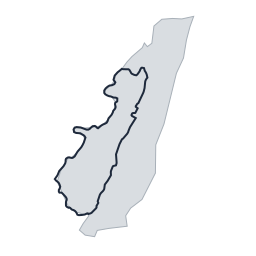 Lebanon, with Beqaa highlighted, rotated 173°
{"feature_id": "LBN-3022", "entity_name": "Beqaa", "entity_type": "Province", "adm_level": 1, "iso_a3": "LBN", "parent_name": "Lebanon", "parent_adm1": "", "projection": "natural_earth1", "projection_center": [36.105, 33.959], "detail": "fine", "context": "in_parent", "style": "outline", "palette": "slate", "viewbox_px": 256, "rotation_deg": 173, "n_neighbors": 0, "source": "natural_earth", "source_scale": "10m", "svg_char_len": 3360}
<svg xmlns="http://www.w3.org/2000/svg" viewBox="0 0 256 256"><g transform="rotate(173 128 128)"><path d="M140.8,30.6L159.2,30.7L171.0,30.1L174.4,24.2L183.6,26.9L188.7,32.6L184.1,38.7L177.6,45.6L177.9,47.4L182.8,47.9L191.1,51.7L196.3,56.1L204.8,83.4L199.5,94.7L191.4,104.7L187.7,105.6L180.6,110.6L174.6,117.4L172.5,121.7L173.0,125.8L181.4,130.8L181.7,132.9L180.0,134.5L173.1,133.4L164.3,132.9L159.0,132.9L153.0,133.9L145.3,140.1L141.8,144.1L140.0,146.7L137.2,155.1L140.3,160.9L146.1,164.1L146.9,165.8L145.6,168.7L139.9,172.4L135.5,176.8L134.3,181.3L129.5,185.7L126.5,187.8L120.9,193.7L115.3,198.5L104.0,206.0L101.4,210.4L98.9,206.4L94.0,209.2L89.8,226.1L81.2,231.8L70.4,231.3L61.3,229.7L49.2,230.8L54.2,220.9L59.3,208.1L64.4,190.7L73.3,176.4L91.8,127.6L102.5,107.9L106.3,79.9L122.8,55.4L135.1,48.2L141.0,41.2L140.8,30.6Z" fill="#d9dde1" stroke="#a8b0b8" stroke-width="1"/><path d="M129.6,185.7L127.0,187.4L126.9,187.3L125.2,186.9L120.3,186.2L120.0,185.9L119.5,185.4L118.5,183.1L118.2,182.2L117.6,181.4L115.4,180.0L113.4,179.3L112.8,179.6L112.1,180.1L110.7,181.6L109.5,183.0L108.7,184.5L107.6,185.9L106.8,186.2L104.8,185.5L104.4,182.7L104.0,182.0L103.5,180.8L103.3,180.3L102.9,178.7L102.6,175.6L103.5,174.8L103.9,174.3L104.7,173.2L105.0,172.6L105.3,171.8L106.7,165.6L108.0,162.2L108.7,160.9L114.7,151.4L115.8,150.9L116.2,150.5L116.7,149.8L117.6,148.8L117.7,148.4L117.7,148.1L116.0,146.4L118.9,142.1L119.7,142.1L120.9,142.2L121.2,142.2L121.5,142.2L121.8,142.1L122.1,141.9L122.3,141.6L123.0,140.4L122.6,139.5L119.1,136.9L125.9,128.6L127.7,125.4L128.2,124.3L128.3,124.0L129.4,122.5L134.2,118.1L135.4,117.5L138.4,113.0L143.1,103.3L143.5,95.4L143.6,94.5L144.5,92.4L146.9,92.1L147.2,92.1L147.5,91.9L147.9,91.5L150.0,87.7L150.4,86.5L150.7,83.2L154.6,78.1L157.9,74.7L159.0,70.5L159.2,70.1L159.6,69.5L160.5,68.5L162.7,66.8L163.5,65.9L164.0,65.3L166.9,59.2L167.0,58.9L166.6,57.3L168.6,54.7L168.8,54.4L168.8,54.1L168.8,53.5L168.9,53.3L168.9,53.1L169.0,52.9L169.4,52.3L174.1,48.6L174.4,48.3L175.7,47.8L177.9,47.5L178.2,48.1L178.5,48.2L178.8,48.2L179.1,48.2L179.4,48.1L181.4,47.4L184.5,47.3L187.4,47.5L188.8,48.1L189.5,50.2L190.5,51.9L191.9,53.1L193.7,53.9L195.2,55.8L196.0,56.3L196.8,56.1L198.4,57.3L199.0,58.4L198.9,59.9L198.6,62.0L198.3,62.9L197.9,63.5L197.6,64.2L197.5,65.2L197.8,66.3L198.3,67.3L200.6,70.5L201.7,71.8L202.4,72.1L203.2,72.1L203.9,72.2L204.4,73.2L204.2,74.9L203.2,76.3L202.4,78.0L202.9,80.5L203.6,82.3L206.1,84.9L206.7,86.2L206.8,86.3L203.8,89.6L201.4,93.8L196.7,97.9L194.6,100.6L194.0,102.4L193.8,103.9L193.2,105.1L191.5,106.0L190.1,106.1L187.8,105.2L186.6,105.1L184.4,106.3L180.9,110.8L176.7,114.6L175.1,116.7L173.6,119.0L171.4,123.7L171.6,124.1L172.2,125.4L172.9,126.2L176.0,128.6L180.1,129.4L182.0,130.5L182.2,133.2L180.9,134.9L178.9,135.2L174.9,134.3L169.5,131.5L167.7,131.2L166.1,131.8L164.6,133.0L162.9,134.1L160.7,134.1L159.9,133.6L158.5,131.8L157.8,131.4L154.1,133.8L152.2,134.6L150.3,135.1L148.6,135.8L147.5,137.2L146.1,140.0L142.7,143.1L141.2,145.3L140.6,146.8L138.6,148.6L137.9,149.7L137.7,150.8L138.0,153.2L137.7,154.4L137.2,154.9L135.8,155.5L135.4,155.9L135.0,158.7L136.4,159.6L138.7,160.0L141.2,161.4L142.7,161.8L144.6,162.8L146.4,164.2L147.3,165.7L147.0,168.1L145.4,170.0L143.2,171.5L141.2,172.4L138.7,172.4L136.2,173.2L135.0,174.9L136.5,177.6L134.8,181.7L131.5,184.6L129.6,185.7Z" fill="none" stroke="#1e293b" stroke-width="2"/></g></svg>